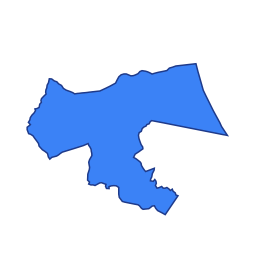 Garanhuns, Pernambuco, Brazil (Robinson projection), rotated 282°
{"feature_id": "56859067B42903822347578", "entity_name": "Garanhuns", "entity_type": "district", "adm_level": 2, "iso_a3": "BRA", "parent_name": "Brazil", "parent_adm1": "Pernambuco", "projection": "robinson", "projection_center": [-36.525, -8.937], "detail": "fine", "context": "isolated", "style": "filled", "palette": "blue", "viewbox_px": 256, "rotation_deg": 282, "n_neighbors": 0, "source": "geoboundaries", "source_scale": "gbopen_adm2", "svg_char_len": 2501}
<svg xmlns="http://www.w3.org/2000/svg" viewBox="0 0 256 256"><g transform="rotate(282 128 128)"><path d="M141.4,224.4L141.4,226.8L148.9,219.2L152.3,216.7L162.8,207.7L175.7,197.5L180.5,193.8L182.0,193.0L195.1,186.1L197.7,184.7L205.0,181.1L198.6,161.9L196.8,159.0L195.2,156.0L192.3,154.1L191.2,151.7L188.7,145.9L187.4,143.3L185.8,140.3L186.5,138.0L187.0,135.6L187.2,133.5L187.0,129.8L185.7,127.9L183.2,126.5L181.4,124.1L180.3,122.3L179.6,120.0L180.5,115.2L180.0,112.7L178.6,110.2L176.2,108.4L172.5,107.3L169.3,106.5L165.1,101.6L162.2,97.9L158.3,92.7L157.4,89.9L155.0,82.7L154.1,80.2L153.5,78.3L152.7,75.6L151.8,73.1L151.3,71.4L150.3,68.7L151.1,66.7L151.6,64.0L152.2,59.6L153.3,56.6L155.8,54.1L156.8,50.9L158.4,48.8L158.7,46.2L160.1,43.2L159.8,40.8L157.5,40.8L155.7,40.8L153.1,40.0L150.2,40.2L148.4,39.8L145.9,40.0L144.2,40.8L141.6,39.0L138.8,37.3L136.9,37.1L135.1,37.9L132.9,36.7L129.7,36.8L128.1,34.9L127.3,33.0L125.7,33.9L123.2,33.0L120.7,31.4L117.9,30.3L115.3,30.3L112.8,29.4L111.0,31.8L109.4,30.6L107.8,29.2L105.4,29.7L101.8,32.0L101.6,34.1L100.6,36.7L98.6,38.8L95.9,41.9L94.2,43.7L91.8,44.8L90.6,46.4L88.9,48.8L87.9,51.5L86.4,54.5L84.6,55.4L83.1,56.1L81.3,58.0L83.5,59.6L85.7,64.0L87.2,65.6L88.8,66.9L90.7,68.7L96.6,79.3L100.5,86.2L101.6,88.1L104.5,92.2L102.9,93.2L101.4,94.8L99.5,96.3L97.4,97.0L95.8,97.8L93.5,98.4L91.6,97.8L89.1,97.0L86.4,96.7L84.5,97.4L81.6,98.6L79.5,98.8L74.5,98.3L68.6,99.3L67.1,101.6L65.0,101.2L64.6,103.6L65.1,105.6L64.9,107.7L66.3,109.3L68.4,111.8L69.0,113.5L68.6,116.0L68.3,118.2L66.4,118.1L64.4,119.5L64.8,122.1L66.7,121.6L67.9,123.6L68.7,126.1L69.0,128.6L67.9,131.3L61.4,132.7L58.3,133.9L55.0,137.7L54.8,140.2L54.9,150.1L55.0,153.7L54.3,155.4L52.2,157.9L51.6,159.6L53.4,165.1L55.0,166.6L56.6,167.8L57.4,170.0L55.2,171.8L53.4,174.1L52.1,178.9L51.0,182.4L72.1,191.0L72.5,188.7L74.3,187.8L75.6,185.2L77.4,184.0L75.7,182.4L76.9,180.7L77.9,178.4L76.8,176.7L76.5,174.9L77.8,173.1L76.1,170.7L75.2,168.9L77.4,166.8L79.8,167.2L81.8,166.4L83.2,164.9L81.1,163.8L81.0,160.9L82.8,160.8L85.0,161.4L88.5,161.3L90.6,161.9L92.3,162.3L94.1,162.1L89.1,154.3L90.2,152.8L92.3,150.6L94.1,149.0L96.2,148.1L97.4,146.8L99.6,142.2L100.4,139.6L103.9,140.4L105.5,142.0L107.0,143.5L109.0,145.3L110.7,146.9L112.5,146.3L114.6,144.2L118.1,142.0L120.2,140.8L123.2,139.7L125.8,139.9L127.5,141.7L130.4,142.0L132.3,143.4L133.7,145.3L135.3,145.7L136.5,147.8L138.5,148.3L140.1,149.5L140.2,151.6L140.4,161.4L140.6,175.4L141.3,222.5L141.4,224.4Z" fill="#3b82f6" stroke="#1e3a8a" stroke-width="1.5"/></g></svg>